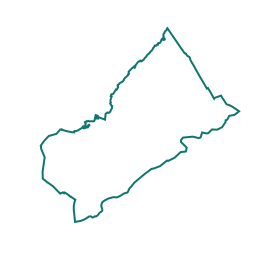 the district of Maracineni, Arges, Romania, rotated 53°
{"feature_id": "2599482B86906431324144", "entity_name": "Maracineni", "entity_type": "district", "adm_level": 2, "iso_a3": "ROU", "parent_name": "Romania", "parent_adm1": "Arges", "projection": "albers", "projection_center": [24.868, 44.908], "detail": "fine", "context": "isolated", "style": "outline", "palette": "teal", "viewbox_px": 256, "rotation_deg": 53, "n_neighbors": 0, "source": "geoboundaries", "source_scale": "gbopen_adm2", "svg_char_len": 5276}
<svg xmlns="http://www.w3.org/2000/svg" viewBox="0 0 256 256"><g transform="rotate(53 128 128)"><path d="M181.5,29.2L178.2,30.3L174.3,31.7L172.6,32.4L171.0,33.2L169.7,34.1L168.8,34.8L167.9,35.0L163.9,34.7L159.8,34.5L158.1,34.2L157.9,34.9L157.7,35.8L157.2,37.0L156.8,38.3L156.4,39.6L156.3,40.1L156.2,40.7L156.3,41.2L156.5,41.7L156.4,41.7L156.0,41.6L155.5,41.5L153.9,41.3L151.7,41.0L151.1,40.9L149.5,40.7L147.6,40.5L144.2,40.1L144.0,41.3L142.4,41.1L140.9,40.9L130.1,39.7L129.6,39.6L128.8,39.5L123.1,38.8L122.2,38.7L121.5,38.6L121.1,38.4L111.5,37.3L109.6,36.5L108.7,36.3L108.0,36.3L107.4,36.6L106.6,37.0L106.1,37.2L105.5,37.2L104.9,37.2L103.9,37.1L103.2,37.1L102.7,37.3L102.6,37.5L102.4,37.8L97.9,37.6L93.6,37.5L92.2,37.4L78.6,36.8L72.0,36.5L72.1,37.2L72.5,37.5L72.9,38.1L73.0,38.5L73.0,39.4L73.1,40.2L73.1,40.6L73.3,40.8L73.6,41.0L74.1,42.0L74.4,43.2L75.1,43.9L75.6,44.0L76.2,44.4L76.5,44.5L77.0,45.5L77.9,45.1L78.5,45.0L79.2,45.1L79.4,45.5L79.3,46.2L79.0,46.9L77.9,47.1L77.6,47.2L77.4,47.4L77.4,47.7L77.7,48.2L77.8,48.6L78.5,49.3L78.9,50.2L79.2,51.1L79.1,51.6L78.8,52.2L78.4,52.7L78.5,53.3L79.1,53.4L79.2,53.7L79.0,53.8L79.1,54.0L79.1,54.4L79.3,54.4L79.0,55.1L79.1,55.7L79.2,55.8L79.2,56.2L78.9,56.4L78.6,56.5L78.3,56.8L78.4,57.2L78.6,57.8L79.0,58.4L79.3,59.1L79.2,59.6L79.3,59.9L79.9,60.8L80.2,61.5L80.3,62.1L80.4,62.7L80.6,64.0L80.9,65.3L81.1,65.9L81.2,66.4L81.2,66.9L81.2,67.5L81.2,68.2L81.4,69.5L81.7,69.8L81.9,70.1L82.1,70.8L82.1,72.3L82.8,74.1L82.8,74.8L82.8,75.5L83.0,76.2L82.8,77.3L81.8,77.3L81.5,77.8L81.7,78.4L81.5,79.3L81.2,79.6L81.3,80.2L81.8,82.1L82.4,83.9L82.5,85.1L83.3,85.1L83.9,86.5L82.6,86.9L82.7,87.7L82.7,89.3L83.4,93.4L83.6,93.8L84.6,94.2L84.9,94.9L85.4,94.8L85.6,95.6L85.4,95.9L85.8,96.3L85.9,97.0L86.0,97.5L86.2,100.5L86.5,101.1L86.5,101.6L86.7,101.9L86.9,102.3L87.2,102.4L87.5,103.3L87.5,103.6L87.5,103.9L87.6,104.6L87.7,105.1L87.5,105.4L87.5,105.7L87.3,106.5L87.2,107.6L87.4,108.3L87.6,108.7L87.5,109.1L87.6,110.6L88.2,110.6L88.5,111.1L89.5,111.3L89.8,112.2L90.1,112.9L90.2,113.1L90.3,113.3L90.5,113.7L90.5,114.4L90.0,114.6L90.5,115.6L90.6,116.1L90.8,116.7L91.1,117.2L91.4,118.2L91.7,118.9L91.8,119.7L91.6,120.1L91.2,120.7L91.1,121.1L91.4,121.4L92.2,122.7L92.5,122.6L92.9,122.4L93.1,122.2L93.6,122.9L94.0,123.6L94.7,124.6L95.3,125.3L95.7,125.7L96.8,126.3L97.2,126.3L97.8,127.6L98.3,127.6L98.4,127.4L99.1,127.6L100.0,127.7L100.2,127.8L100.5,127.9L100.9,127.5L101.2,127.8L101.5,128.1L102.0,128.3L102.5,128.9L103.1,130.0L103.1,130.3L103.3,130.8L103.6,131.3L103.8,131.7L104.0,132.0L104.3,132.2L104.3,132.6L104.3,133.0L104.5,133.7L104.3,134.2L104.2,134.4L103.8,134.5L103.4,134.8L103.3,135.3L103.3,136.0L103.2,136.6L103.1,137.1L103.4,137.6L103.8,137.8L104.1,138.1L104.4,138.5L104.8,138.9L105.3,139.1L105.7,139.5L105.8,139.8L106.4,140.5L107.4,141.0L107.6,141.3L106.8,141.8L106.1,142.2L103.4,143.9L102.4,144.5L101.3,145.2L101.7,145.6L102.2,146.0L102.5,146.2L101.4,147.5L100.6,145.9L100.4,145.7L100.0,144.9L98.3,146.0L98.7,146.6L99.4,147.4L100.2,148.4L101.4,149.8L101.8,150.2L102.2,150.8L101.9,151.4L101.7,151.9L101.4,152.2L100.8,152.9L99.8,154.3L99.5,154.9L98.6,155.3L98.3,156.2L98.0,157.1L97.7,157.0L97.4,158.9L99.2,159.2L99.3,159.5L99.5,159.9L99.9,160.4L100.4,161.0L100.8,161.4L101.1,161.4L101.3,161.4L101.7,160.9L102.0,159.4L101.9,157.5L101.9,157.2L102.5,157.1L103.3,159.8L102.9,160.0L102.5,160.1L102.5,160.7L102.4,161.5L102.3,162.3L102.1,162.6L101.9,163.1L101.5,163.6L100.9,163.7L99.8,163.2L100.2,165.0L99.8,168.7L99.7,169.1L99.7,169.6L99.6,170.1L99.6,170.4L99.4,170.7L99.1,171.3L98.8,171.9L98.3,172.3L98.2,172.8L98.4,173.0L99.1,173.6L98.4,174.4L97.7,175.3L97.4,175.5L95.7,177.0L93.8,178.7L93.0,179.4L92.8,179.5L91.6,180.4L90.5,181.2L89.3,181.7L89.5,182.1L88.6,182.8L88.4,183.0L88.9,185.2L89.1,186.3L89.4,187.4L89.5,189.0L86.7,196.0L87.6,201.7L89.5,208.2L92.5,209.9L101.3,212.2L111.6,222.6L117.3,226.6L120.6,225.6L123.0,225.2L123.1,224.9L123.9,224.7L127.5,223.6L129.3,223.0L130.6,222.8L139.2,221.7L139.2,221.3L139.8,221.2L140.2,218.7L141.7,218.3L141.5,217.3L142.0,217.1L144.3,216.3L146.4,215.6L147.0,215.7L148.0,215.4L148.5,215.2L148.5,214.9L151.0,214.2L153.6,213.2L155.0,215.4L155.9,216.3L157.1,217.7L158.5,218.9L160.0,220.0L162.0,221.4L163.4,222.1L171.1,226.8L173.6,222.0L174.8,218.0L175.1,215.1L175.2,212.5L175.5,211.9L176.1,210.9L176.8,210.7L177.6,210.4L178.1,210.2L178.4,209.7L178.5,209.2L178.5,208.2L178.6,207.5L179.2,207.0L179.5,206.3L179.5,205.5L179.4,204.7L179.2,203.8L178.9,202.9L178.8,202.6L178.6,201.3L178.7,200.4L178.7,199.0L178.7,198.5L178.2,198.1L177.5,197.5L176.6,197.2L175.5,196.8L174.7,196.5L173.8,196.0L173.3,195.5L172.7,194.6L172.2,193.8L171.8,193.0L171.8,192.2L171.8,190.3L172.0,189.2L172.2,188.4L172.3,187.0L172.8,185.3L173.5,183.7L173.9,182.5L174.5,181.3L175.5,180.0L176.5,179.0L177.1,177.6L177.2,176.6L177.4,175.4L177.6,174.1L177.7,172.9L177.8,171.3L177.9,170.5L178.5,169.0L179.1,167.6L178.9,166.3L177.7,164.4L177.1,162.9L176.7,160.6L175.5,156.2L174.8,143.3L174.8,133.8L175.9,131.7L177.7,125.4L177.5,116.4L178.4,115.9L179.8,108.6L178.9,100.6L181.6,95.9L179.0,92.9L171.1,94.1L169.5,92.9L168.8,89.8L173.9,81.5L176.5,79.3L178.7,77.5L179.2,75.7L176.2,71.5L179.9,68.2L180.4,66.9L179.7,61.8L183.0,57.8L184.0,52.4L181.9,46.4L180.6,45.4L181.1,43.7L179.2,39.9L181.6,35.1L181.5,29.2Z" fill="none" stroke="#0f766e" stroke-width="2"/></g></svg>